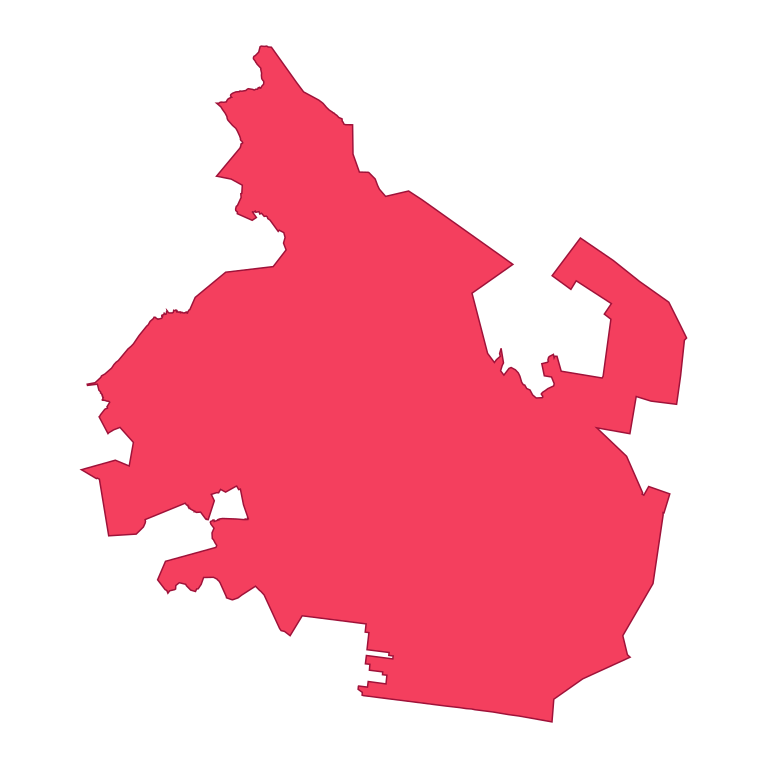 Poanas, Durango, Mexico (Robinson projection)
{"feature_id": "50627088B41464185473090", "entity_name": "Poanas", "entity_type": "district", "adm_level": 2, "iso_a3": "MEX", "parent_name": "Mexico", "parent_adm1": "Durango", "projection": "robinson", "projection_center": [-104.124, 24.035], "detail": "fine", "context": "isolated", "style": "filled", "palette": "rose", "viewbox_px": 768, "rotation_deg": 0, "n_neighbors": 0, "source": "geoboundaries", "source_scale": "gbopen_adm2", "svg_char_len": 6036}
<svg xmlns="http://www.w3.org/2000/svg" viewBox="0 0 768 768"><path d="M630.1,657.2L627.4,654.7L622.8,635.7L653.0,583.6L663.1,515.2L663.1,512.6L664.0,512.9L669.8,493.9L648.7,486.5L643.8,495.2L642.1,494.1L642.7,493.0L626.6,456.3L596.7,427.8L629.9,433.7L636.2,396.5L651.0,401.1L676.6,404.3L680.6,375.8L684.4,340.2L686.6,338.0L680.8,326.2L668.8,302.2L639.6,281.5L613.3,260.5L580.4,238.0L552.1,275.7L570.9,289.4L576.2,280.8L611.4,303.6L604.3,314.1L610.9,319.2L603.1,376.3L602.1,378.0L561.2,371.2L557.0,356.3L554.8,356.2L554.1,357.8L553.4,354.4L549.5,356.4L548.6,357.3L547.9,360.0L548.4,361.3L547.5,362.3L541.8,363.7L544.3,375.8L551.5,377.0L554.2,383.7L553.7,385.9L547.9,388.6L544.8,390.9L543.1,391.9L541.4,393.6L541.4,394.5L542.6,395.8L542.5,396.1L542.8,397.0L542.2,397.7L536.2,398.0L532.6,394.9L530.0,390.0L526.7,388.5L524.7,385.0L523.4,384.8L521.7,382.3L519.9,376.2L518.3,372.9L515.4,369.8L511.1,367.5L509.0,368.4L503.9,375.1L500.6,370.8L502.2,365.5L503.5,362.9L501.1,348.3L499.6,353.6L500.3,356.3L496.4,359.7L494.4,362.5L487.6,353.4L472.0,293.2L512.9,264.4L421.9,199.7L408.6,191.0L385.6,196.4L379.4,189.2L377.7,185.7L375.2,179.0L368.9,172.6L368.2,172.3L359.4,172.1L353.0,154.1L352.6,124.8L345.5,124.7L344.0,124.2L343.0,122.0L342.3,121.4L342.0,118.8L338.8,117.5L336.7,115.2L335.5,114.5L333.8,112.9L333.1,112.9L332.4,112.1L329.3,110.1L326.4,107.3L323.1,103.4L321.6,102.2L318.8,100.1L303.6,91.9L296.7,82.7L271.4,47.2L268.2,47.0L266.8,46.1L264.4,46.4L261.2,46.1L260.1,46.7L258.7,52.1L255.3,55.6L254.0,56.3L253.5,57.3L253.4,58.5L253.5,58.9L255.4,61.4L255.8,62.4L256.4,63.0L256.9,64.0L260.8,68.2L260.8,69.6L261.6,73.1L261.4,75.3L261.7,78.3L262.1,79.3L262.7,80.0L262.8,80.4L263.6,81.1L263.8,82.0L263.6,84.2L261.9,86.0L261.4,87.0L260.8,87.5L260.9,87.9L260.4,88.2L259.7,87.9L259.7,87.6L259.3,87.3L258.6,87.9L258.2,87.8L257.6,89.1L257.1,89.3L256.0,89.1L254.6,89.9L254.1,90.0L252.8,89.4L248.3,88.7L247.3,89.2L245.8,90.5L241.8,91.2L239.9,91.0L239.4,91.6L235.9,91.9L232.6,93.2L230.9,94.5L230.6,95.1L230.6,96.0L231.5,97.1L231.2,97.1L229.9,98.1L229.3,98.1L229.0,98.5L228.2,98.8L227.0,100.3L226.4,101.8L223.9,102.3L221.4,102.1L221.1,102.4L220.3,102.2L218.8,103.2L216.6,103.2L220.9,106.9L222.5,109.5L225.1,113.1L226.9,116.5L227.2,118.5L227.7,119.8L228.3,120.6L232.6,125.5L235.8,128.3L237.3,130.9L239.6,135.9L240.5,138.5L240.4,139.4L240.9,140.5L242.0,141.3L242.7,142.8L242.6,143.1L241.8,143.7L241.3,143.7L241.0,144.1L240.8,145.9L240.3,147.2L240.4,147.5L216.5,176.2L231.2,179.1L242.3,185.2L241.8,193.3L240.8,193.7L241.1,197.5L237.4,205.6L236.5,206.1L236.2,206.6L235.6,209.1L235.8,210.6L237.4,212.0L237.3,213.7L252.2,220.3L256.4,217.5L252.1,211.5L253.6,212.3L255.2,211.1L255.8,212.3L259.0,211.6L259.8,214.0L261.6,213.3L264.2,216.4L266.2,216.1L267.3,216.9L267.8,218.6L270.0,220.1L278.2,231.4L279.2,230.2L283.8,232.6L285.1,237.5L283.5,243.1L286.1,249.9L273.2,266.6L225.7,272.2L195.2,297.4L189.8,309.7L188.9,310.1L187.7,312.3L187.5,313.1L187.1,313.2L186.7,312.0L186.1,312.0L185.0,312.9L184.3,312.8L184.1,313.0L182.7,312.8L182.1,312.3L181.2,312.3L180.9,312.8L180.4,312.7L180.4,312.2L180.1,311.8L178.6,312.2L177.2,311.8L176.9,312.0L176.7,311.7L177.4,311.2L177.1,310.9L177.0,311.1L176.5,311.1L176.3,310.4L176.4,310.2L175.9,310.0L175.7,310.3L174.5,310.6L173.7,310.3L173.3,312.4L172.2,313.0L171.6,312.9L169.9,313.0L168.7,312.8L167.7,311.8L167.6,311.3L167.0,310.6L167.1,311.1L166.6,311.5L166.4,312.7L166.4,313.9L165.4,314.3L164.2,313.2L163.7,314.7L163.1,314.7L162.3,315.3L162.0,315.2L161.7,315.7L161.8,316.4L162.5,316.6L162.4,317.0L161.6,318.4L160.9,318.4L158.5,319.2L158.1,318.9L157.8,319.2L156.0,318.1L155.6,317.4L154.1,317.2L153.3,318.6L150.1,321.4L148.2,324.8L146.6,326.2L139.1,335.5L133.4,343.9L131.0,346.4L128.1,348.8L118.3,360.6L116.1,362.2L114.0,364.5L111.6,368.1L104.9,374.0L101.5,375.9L100.8,377.4L95.1,382.7L87.2,384.2L87.5,385.4L97.4,384.2L98.9,390.2L100.6,391.9L100.7,392.4L100.5,392.9L101.4,393.7L101.8,394.4L102.2,394.5L102.1,395.8L102.6,396.0L102.8,397.4L103.2,397.5L102.8,398.3L103.0,399.2L102.2,399.9L102.4,400.2L104.6,400.4L104.9,400.3L106.4,401.0L108.8,401.4L109.6,402.0L109.7,402.3L107.6,405.7L107.3,406.7L107.1,406.7L107.5,408.1L105.2,409.0L104.7,409.4L100.4,414.9L100.1,415.7L99.1,416.8L108.0,433.6L108.7,432.8L113.7,429.8L120.0,427.4L133.4,442.4L129.2,466.0L115.3,460.2L81.4,469.7L96.4,478.6L97.2,478.1L99.4,479.2L108.7,535.8L136.2,534.1L143.4,527.0L145.1,523.2L145.5,521.6L145.1,519.6L185.2,503.2L186.3,504.7L187.4,505.5L187.8,505.3L188.2,506.7L188.6,506.6L188.7,507.7L189.2,508.5L189.9,508.2L190.6,509.1L194.1,511.0L194.2,511.7L194.9,511.4L195.0,511.7L196.4,512.4L200.6,512.1L205.7,519.0L206.4,518.9L206.4,519.4L208.2,519.7L214.3,500.8L211.3,494.4L216.5,492.7L218.6,492.8L220.6,489.4L225.6,492.1L235.8,486.4L236.7,486.1L238.7,489.6L240.4,489.1L243.5,504.8L248.2,518.4L247.6,518.3L247.8,519.5L245.5,519.6L245.7,519.0L245.1,519.0L244.9,519.6L243.6,519.6L236.2,519.0L222.7,518.5L219.8,518.9L218.2,519.5L218.7,519.9L214.2,521.5L214.1,520.1L212.9,520.0L212.4,520.7L210.6,521.5L210.3,522.2L211.0,524.3L214.0,528.2L212.0,532.9L212.3,538.6L213.4,539.6L215.2,543.1L216.7,545.3L216.3,546.6L215.9,547.4L165.5,561.3L157.6,579.8L165.1,589.6L166.8,590.5L167.9,593.2L169.7,590.8L174.7,589.6L175.6,589.0L175.8,585.5L179.3,582.7L185.7,584.3L186.4,585.7L190.7,590.1L195.5,591.5L196.6,589.0L198.2,588.8L201.2,584.3L203.6,577.5L213.5,577.3L217.2,579.2L217.3,579.6L219.0,581.1L220.1,582.8L226.3,596.6L226.5,597.8L231.5,599.6L232.6,599.8L238.0,597.9L241.8,595.0L255.5,586.2L259.6,590.4L260.7,591.2L264.1,594.9L279.6,628.5L281.1,630.6L284.5,631.4L290.1,635.7L302.2,615.8L366.1,623.9L365.2,632.1L368.9,632.6L367.0,649.7L389.1,652.5L388.8,655.4L393.2,656.0L392.8,658.9L366.4,655.5L365.4,663.8L369.9,664.3L369.4,670.2L382.7,671.9L382.5,674.7L386.9,675.2L386.0,683.9L368.2,681.5L367.5,687.1L358.6,686.0L358.4,686.2L358.1,689.3L362.3,692.4L362.1,695.2L363.4,695.6L445.5,706.0L459.7,707.6L466.2,708.6L471.7,709.0L474.9,709.7L493.1,712.0L508.5,714.6L518.9,716.0L552.0,721.9L553.8,699.2L582.8,678.8L630.1,657.2Z" fill="#f43f5e" stroke="#9f1239" stroke-width="1.5"/></svg>